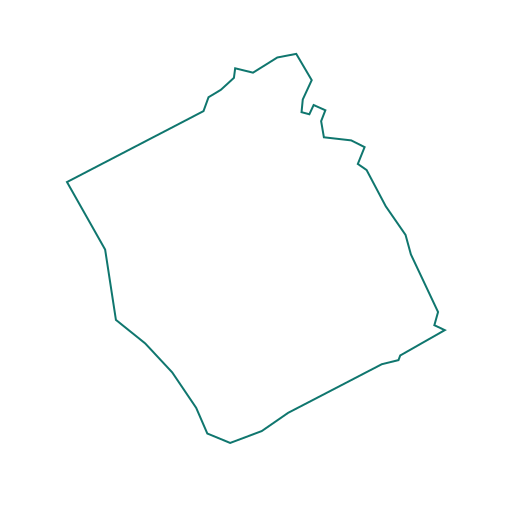 the district of Dickson, Tennessee, United States of America, rotated 325°
{"feature_id": "52423323B89058096253104", "entity_name": "Dickson", "entity_type": "district", "adm_level": 2, "iso_a3": "USA", "parent_name": "United States of America", "parent_adm1": "Tennessee", "projection": "albers", "projection_center": [-87.293, 36.147], "detail": "fine", "context": "isolated", "style": "outline", "palette": "teal", "viewbox_px": 512, "rotation_deg": 325, "n_neighbors": 0, "source": "geoboundaries", "source_scale": "gbopen_adm2", "svg_char_len": 640}
<svg xmlns="http://www.w3.org/2000/svg" viewBox="0 0 512 512"><g transform="rotate(325 256 256)"><path d="M143.6,87.0L136.1,164.2L104.6,228.0L115.1,264.1L120.6,303.3L119.9,346.1L114.3,373.5L127.6,394.3L160.3,402.7L192.4,402.9L297.0,416.8L313.0,423.0L317.1,420.2L368.1,425.0L362.4,415.0L373.0,406.3L383.8,343.5L390.6,324.5L390.8,289.7L395.9,249.0L392.2,239.0L407.4,229.1L400.3,215.9L379.7,197.7L386.7,182.9L396.4,176.4L389.8,165.4L381.0,170.5L375.8,164.3L384.1,154.6L402.5,143.9L404.9,113.5L387.3,105.6L358.7,104.1L346.6,90.3L340.1,97.4L322.6,99.7L308.2,98.7L296.1,107.2L143.6,87.0Z" fill="none" stroke="#0f766e" stroke-width="2"/></g></svg>